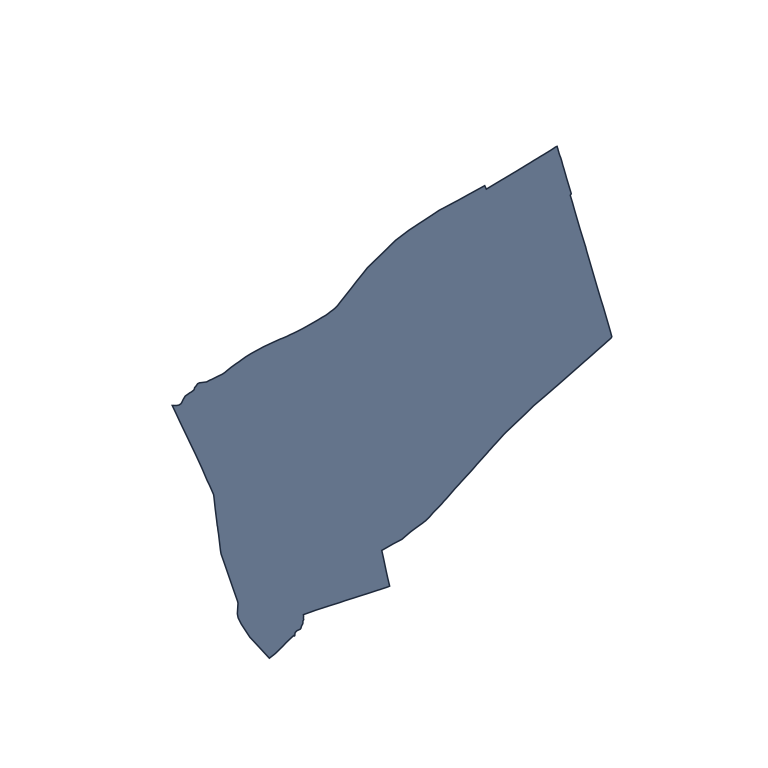 outline of Cochirleanca, Buzau, Romania, rotated 122°
{"feature_id": "2599482B68265285163433", "entity_name": "Cochirleanca", "entity_type": "district", "adm_level": 2, "iso_a3": "ROU", "parent_name": "Romania", "parent_adm1": "Buzau", "projection": "equal_earth", "projection_center": [27.016, 45.202], "detail": "fine", "context": "isolated", "style": "filled", "palette": "slate", "viewbox_px": 768, "rotation_deg": 122, "n_neighbors": 0, "source": "geoboundaries", "source_scale": "gbopen_adm2", "svg_char_len": 4835}
<svg xmlns="http://www.w3.org/2000/svg" viewBox="0 0 768 768"><g transform="rotate(122 384 384)"><path d="M514.4,552.2L514.5,552.0L514.7,551.7L514.9,551.5L519.3,544.6L523.2,538.6L523.3,538.5L527.5,531.9L535.2,519.7L535.3,519.6L543.3,506.9L551.9,493.8L556.1,487.8L559.6,482.8L562.1,478.7L564.6,475.0L568.1,469.9L570.0,468.3L579.3,461.0L588.4,453.6L592.7,450.2L592.9,449.8L596.3,447.1L598.8,444.9L611.8,434.5L614.5,432.1L619.6,425.7L636.8,404.4L645.9,393.0L647.2,391.7L656.6,386.6L659.6,383.8L663.2,377.9L666.6,370.6L670.0,363.2L670.0,362.9L671.7,356.5L676.7,338.2L677.3,335.9L670.1,333.3L669.3,333.1L667.7,332.7L663.9,331.8L659.8,330.8L655.6,330.0L650.8,328.8L646.2,327.6L645.1,327.2L645.3,326.6L644.7,326.3L642.8,327.3L641.7,327.6L639.4,327.1L636.3,325.1L635.3,325.0L632.8,325.7L630.6,325.8L629.6,326.1L628.5,326.9L627.5,327.2L626.5,327.2L626.1,327.4L625.2,328.3L623.9,328.9L622.3,330.1L612.1,322.1L602.1,313.7L596.4,308.8L595.5,308.0L592.8,305.7L587.9,301.8L587.6,301.5L584.4,298.8L582.0,296.7L577.1,292.6L568.9,285.6L564.8,282.2L561.8,279.7L560.5,278.5L559.1,277.4L554.8,273.8L554.1,273.3L553.5,272.8L553.0,272.5L552.4,272.1L551.8,272.7L546.7,277.9L541.9,282.6L536.8,287.5L532.3,291.8L526.3,297.7L514.9,291.6L506.0,286.4L502.6,285.4L495.9,283.3L494.5,282.8L490.4,281.2L487.2,279.9L485.0,279.0L481.9,277.7L481.1,277.4L479.6,276.9L477.9,276.2L476.9,276.0L474.2,275.3L472.4,274.9L467.5,274.2L464.6,273.6L460.3,272.6L455.0,271.5L451.8,271.1L450.4,270.8L448.0,270.3L445.4,269.9L438.8,268.9L437.7,268.7L436.0,268.5L434.9,268.3L431.7,267.7L430.3,267.4L428.1,267.0L426.7,266.8L425.5,266.6L424.6,266.4L423.5,266.2L421.4,265.8L418.1,265.2L414.1,264.4L409.6,263.6L406.3,263.1L404.9,262.9L403.3,262.7L403.0,262.7L402.3,262.5L400.7,262.2L399.4,262.0L398.4,261.8L397.1,261.6L395.7,261.3L392.5,260.8L390.0,260.3L386.5,259.7L386.0,259.7L385.5,259.7L384.8,259.5L380.9,258.8L378.9,258.5L376.9,258.1L375.5,257.8L373.9,257.5L363.5,255.7L360.0,254.9L348.4,251.9L338.1,249.2L333.0,247.9L332.9,247.9L332.6,247.8L323.6,245.7L322.9,245.5L313.8,242.6L307.5,240.6L304.8,239.8L303.0,239.2L298.7,237.9L297.9,237.7L297.3,237.5L295.1,236.8L293.6,236.3L286.9,234.3L269.5,229.1L267.5,228.5L266.7,228.2L265.5,227.9L261.8,226.8L261.2,226.6L259.4,226.1L257.4,225.5L256.6,225.2L245.5,221.9L245.3,221.9L239.0,220.0L238.4,219.8L234.1,218.5L229.1,217.1L227.7,216.6L226.5,216.3L225.6,216.0L224.7,215.8L223.7,215.8L223.1,215.9L223.0,216.0L222.9,216.1L222.1,217.0L221.1,218.1L220.9,218.3L220.5,218.7L216.5,223.1L202.3,239.0L198.0,244.1L193.7,249.0L191.5,251.5L190.0,253.2L188.5,254.9L169.4,276.3L163.9,282.5L160.5,286.0L160.4,286.2L148.8,299.7L135.3,314.8L130.7,319.8L130.5,320.0L130.0,320.6L125.3,326.0L124.6,326.1L124.2,326.0L123.6,326.0L123.3,326.1L117.5,332.7L112.0,339.0L111.6,339.4L110.3,340.8L108.0,343.4L106.5,345.0L104.2,347.7L103.4,348.6L101.3,350.8L99.5,352.8L99.1,353.3L98.7,353.7L98.5,354.0L98.1,354.5L97.5,355.4L96.4,356.8L95.3,358.1L94.7,358.7L93.5,360.1L92.2,361.4L91.9,361.9L91.7,362.1L91.3,362.5L91.2,362.6L91.0,362.8L90.8,363.0L90.7,363.1L91.0,363.4L91.3,363.6L92.1,364.1L92.7,364.4L93.7,364.8L95.5,365.6L97.0,366.3L98.1,366.8L98.5,367.0L99.0,367.3L100.5,368.0L102.6,369.1L103.3,369.4L106.4,371.0L106.7,371.2L109.5,372.6L110.2,372.9L113.5,374.6L115.0,375.4L118.6,377.1L119.8,377.7L122.1,378.9L122.9,379.3L124.9,380.3L127.2,381.4L128.7,382.2L129.9,382.8L130.3,383.0L131.3,383.5L131.8,383.7L132.4,384.0L132.9,384.3L133.4,384.5L134.1,384.9L135.1,385.4L135.8,385.8L137.8,386.8L138.5,387.2L140.0,387.9L141.7,388.8L144.2,390.1L146.0,391.0L148.8,392.5L151.6,393.9L153.7,395.0L159.6,398.0L164.5,400.5L162.4,403.7L179.3,413.2L182.6,415.0L190.5,419.4L190.6,419.5L207.5,429.3L219.2,434.6L225.9,437.7L229.7,439.5L235.0,441.9L240.4,444.4L247.0,446.9L255.9,450.3L264.4,452.4L265.5,452.6L274.6,454.8L285.4,457.5L291.9,459.1L293.9,459.6L294.4,459.7L300.9,460.4L304.9,460.9L309.0,461.4L312.2,461.8L312.4,461.8L312.8,461.8L313.4,461.9L319.9,462.5L337.6,464.5L340.8,464.8L341.2,464.8L341.7,464.9L342.6,465.0L346.0,465.8L348.9,466.8L351.0,467.7L353.9,468.7L356.6,469.8L358.1,470.6L360.2,471.8L365.1,474.2L376.6,480.4L378.6,481.5L380.4,482.5L383.9,484.6L385.1,485.3L389.1,487.8L391.9,489.7L393.4,490.6L394.8,491.4L399.5,494.7L400.4,495.5L401.9,496.5L410.2,502.0L412.0,503.1L414.4,504.7L416.6,506.1L419.5,507.7L424.2,510.4L428.7,512.9L433.9,515.5L440.2,518.1L440.6,518.2L442.8,519.1L444.9,520.1L450.8,522.5L455.8,524.2L457.7,524.8L458.4,525.0L461.5,526.4L463.2,527.5L464.9,528.6L467.2,530.0L471.5,532.6L473.1,533.8L473.8,534.2L476.2,535.5L480.2,540.4L480.6,541.0L482.5,542.2L484.5,542.3L486.0,542.4L487.4,542.7L489.1,542.1L489.7,542.1L490.5,542.3L491.9,542.8L493.0,543.2L494.1,543.9L495.8,544.6L499.1,546.0L499.7,546.2L503.6,546.1L507.0,545.7L508.5,545.8L510.6,546.8L512.2,548.6L514.0,551.6L514.2,551.9L514.4,552.2Z" fill="#64748b" stroke="#1e293b" stroke-width="1.5"/></g></svg>